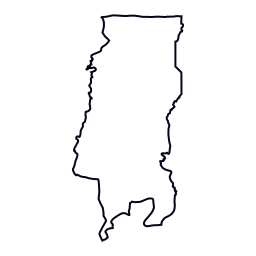 Kaoh Thum, Kândal, Cambodia
{"feature_id": "14789045B38672734120910", "entity_name": "Kaoh Thum", "entity_type": "district", "adm_level": 2, "iso_a3": "KHM", "parent_name": "Cambodia", "parent_adm1": "Kândal", "projection": "mercator", "projection_center": [105.071, 11.071], "detail": "fine", "context": "isolated", "style": "outline", "palette": "ink", "viewbox_px": 256, "rotation_deg": 0, "n_neighbors": 0, "source": "geoboundaries", "source_scale": "gbopen_adm2", "svg_char_len": 5764}
<svg xmlns="http://www.w3.org/2000/svg" viewBox="0 0 256 256"><path d="M181.5,16.3L180.5,16.4L178.3,16.1L176.9,16.1L175.7,16.2L174.5,16.5L173.4,16.6L166.7,16.7L165.7,17.0L160.8,16.8L158.7,16.7L156.4,16.7L154.5,16.8L152.1,17.0L150.1,17.0L148.6,16.9L144.8,16.9L143.1,16.9L136.3,15.9L134.7,15.7L130.3,15.7L126.3,16.0L124.5,16.0L121.5,15.8L116.9,15.5L114.8,15.4L112.7,15.4L111.1,15.7L108.0,16.4L106.4,16.7L103.7,17.0L102.3,16.9L101.6,17.3L102.4,18.2L103.2,19.7L103.9,22.4L103.9,26.8L103.4,28.8L103.1,30.3L102.5,32.6L104.9,36.3L107.8,39.0L108.7,40.0L109.1,40.6L108.4,41.9L106.3,44.1L105.1,45.1L102.5,46.8L101.7,47.6L101.3,48.6L101.2,49.4L101.1,50.1L100.7,51.0L99.8,51.6L97.8,52.5L96.4,53.1L95.1,53.6L92.2,54.9L91.5,55.5L91.3,56.2L91.4,57.1L91.8,58.0L92.6,58.5L92.7,59.4L92.1,59.7L92.0,60.6L91.8,61.0L91.4,61.0L91.0,60.8L90.6,60.9L90.7,61.8L91.4,64.3L90.5,64.3L90.1,64.9L90.3,65.7L90.1,66.1L89.7,66.4L89.2,66.6L88.6,66.4L88.2,66.1L87.7,66.6L87.8,67.3L87.5,68.1L87.3,68.5L86.8,68.8L86.5,69.2L86.7,69.5L87.1,69.4L87.5,69.2L88.1,68.7L88.8,68.3L89.8,68.0L91.8,68.0L93.2,67.6L93.9,67.5L94.8,67.9L95.9,69.2L95.7,69.7L95.6,70.1L95.1,70.8L93.7,71.3L92.9,71.6L91.2,72.2L91.9,73.1L92.0,73.6L91.4,74.9L91.4,75.4L91.8,76.1L92.4,76.7L92.4,77.2L91.6,77.6L91.1,78.0L90.9,78.4L90.9,80.0L91.0,82.1L91.0,82.5L90.9,83.0L89.3,85.4L89.3,86.1L90.4,87.4L91.0,88.7L91.1,90.9L91.0,91.6L90.7,92.2L89.9,92.8L88.9,92.7L88.7,93.2L88.8,93.9L89.4,94.7L89.7,95.5L89.8,96.3L90.1,97.1L90.4,97.5L91.4,97.5L91.6,97.8L91.6,98.5L91.1,98.5L90.5,99.0L90.2,99.6L90.1,100.5L89.9,101.3L90.0,101.7L89.9,102.2L89.7,103.2L89.6,104.1L89.7,104.8L90.0,105.6L90.1,106.3L90.2,108.5L90.1,109.2L89.8,109.7L89.2,110.4L87.6,111.5L86.6,111.5L85.9,111.7L85.7,112.0L85.5,113.2L85.5,115.0L85.6,115.9L85.9,116.8L85.8,117.6L85.8,118.2L85.3,119.7L85.1,121.0L84.9,121.7L84.5,122.1L84.0,122.4L83.2,123.1L82.9,123.9L82.8,124.4L82.9,125.4L82.9,126.6L81.9,128.3L80.8,130.5L80.6,131.3L80.6,133.2L80.4,134.5L80.2,135.4L79.8,136.6L79.4,136.9L78.6,136.8L78.0,136.4L77.2,136.4L76.3,137.2L76.2,137.8L76.2,138.2L76.3,138.7L77.7,139.8L78.0,140.4L78.1,141.5L77.8,142.3L77.1,143.3L75.7,146.1L74.6,148.0L74.2,149.0L74.1,150.3L74.1,150.8L74.5,151.1L75.1,151.2L75.3,152.1L75.6,152.7L76.0,153.0L76.4,153.2L76.9,153.6L77.3,154.1L77.5,155.3L76.7,158.1L76.3,159.1L75.9,159.9L75.5,161.2L74.8,163.8L74.7,164.8L73.8,167.3L72.9,169.4L73.0,170.4L73.7,172.0L74.0,172.5L74.1,173.1L74.8,174.0L75.1,174.3L75.4,174.5L75.7,174.9L76.3,175.3L77.1,174.7L77.7,174.9L80.5,176.3L82.2,176.8L84.3,177.0L86.3,177.4L88.4,178.1L90.8,178.6L94.4,179.1L97.8,179.2L98.4,180.0L98.6,180.9L98.7,182.0L99.0,185.4L99.2,189.2L99.3,191.9L99.1,194.7L98.8,196.7L98.6,198.8L99.1,200.2L99.8,201.8L100.5,203.4L102.7,207.6L103.1,209.8L103.5,212.4L103.5,214.9L103.8,216.4L104.8,217.8L105.8,219.8L106.0,221.0L104.0,224.6L102.7,226.8L101.4,229.4L100.1,231.8L99.4,233.7L99.6,234.6L100.0,235.8L100.9,237.5L101.6,239.3L102.4,240.6L103.0,240.1L103.6,239.9L104.9,239.6L105.7,239.0L107.0,238.1L107.5,237.6L107.7,237.1L107.4,236.6L107.3,236.1L107.2,235.2L106.4,233.6L105.6,232.3L105.4,231.8L105.5,231.3L106.5,230.3L106.8,229.7L107.4,229.3L108.7,228.9L109.8,228.4L110.9,228.2L111.9,228.2L112.8,228.0L112.6,226.5L112.8,224.5L112.4,223.9L111.8,223.3L111.2,222.5L111.3,221.4L111.8,220.6L112.4,219.7L113.1,218.9L115.8,216.9L119.1,214.8L121.5,213.5L124.1,213.1L125.5,213.4L127.1,214.2L128.4,214.9L129.3,215.0L129.4,214.6L129.2,213.0L129.0,212.3L128.8,211.1L129.2,209.8L129.6,208.8L129.7,207.5L129.7,206.4L130.0,204.1L129.9,203.2L130.9,202.6L132.1,201.6L134.2,202.1L135.9,202.1L139.8,201.9L141.9,201.2L146.8,199.1L148.4,198.6L150.4,198.4L152.4,198.7L153.1,199.4L153.6,204.2L153.9,206.4L153.9,207.9L153.1,210.0L152.0,212.1L150.6,214.0L147.8,217.4L146.2,219.1L144.9,220.7L144.0,222.6L143.9,223.9L144.3,224.8L144.8,225.3L145.8,226.0L146.8,226.2L147.8,226.2L151.5,225.6L154.5,225.2L156.9,225.2L159.4,225.0L161.4,224.8L161.3,224.2L161.7,222.1L162.4,220.8L164.0,218.7L165.5,217.5L168.8,215.9L171.4,214.2L172.5,212.9L173.8,211.1L174.4,209.3L174.7,207.1L174.8,205.2L174.5,201.2L174.6,198.9L174.9,195.4L175.6,195.0L175.7,194.4L176.0,194.0L175.8,193.6L175.7,192.9L175.9,192.3L176.2,191.7L176.3,191.3L175.9,190.8L175.4,191.3L175.1,191.1L174.8,190.5L174.6,188.8L174.9,188.2L174.6,187.6L173.9,187.4L173.4,187.1L172.9,186.6L172.8,186.1L173.1,185.5L173.1,183.9L172.9,183.1L171.2,181.0L170.6,179.9L170.2,178.9L169.8,177.6L169.8,176.3L170.2,175.3L171.3,172.7L171.3,172.4L171.3,171.9L171.1,171.5L170.6,171.1L166.3,169.9L165.2,169.4L163.9,168.7L162.7,167.9L161.9,166.7L160.7,164.9L161.0,163.3L160.6,162.6L160.3,161.9L160.2,161.3L161.0,161.1L162.0,161.1L163.0,161.0L163.8,160.5L163.9,159.8L163.5,159.2L163.8,158.9L164.4,158.8L165.1,158.5L165.0,158.0L164.8,157.2L164.5,156.8L161.7,154.6L161.6,154.0L161.9,153.5L163.2,153.2L164.9,153.5L165.8,153.4L166.8,152.7L167.3,153.0L168.1,153.8L168.6,153.9L169.0,153.5L169.4,152.5L169.6,151.1L169.6,150.3L170.3,146.1L170.1,144.9L169.7,143.6L169.4,142.3L168.8,138.2L168.6,136.5L168.4,134.5L168.5,129.0L169.2,126.1L169.3,125.1L169.2,124.5L168.8,123.9L168.3,123.2L168.2,122.9L168.1,122.1L168.0,121.1L167.0,119.6L166.9,119.1L166.7,118.3L166.7,117.4L167.5,116.3L168.3,114.1L168.8,113.7L169.4,113.6L169.8,113.3L170.4,110.5L170.6,109.9L171.6,109.9L172.0,109.5L172.0,108.8L173.3,107.9L174.2,107.2L174.5,106.7L174.1,106.0L173.6,105.5L173.1,104.7L173.8,103.1L174.0,102.3L175.0,101.1L176.1,101.5L176.9,100.1L177.5,99.3L177.9,98.5L178.4,98.0L179.2,97.8L179.4,97.5L179.2,96.9L181.5,93.9L181.4,74.4L181.3,72.3L175.4,66.5L175.4,41.6L176.8,41.2L177.5,40.5L177.9,39.6L178.3,38.6L178.5,35.9L179.0,34.9L179.7,33.5L180.7,31.8L181.8,31.6L182.3,30.7L181.6,29.8L181.4,29.1L181.4,28.0L182.5,26.9L182.9,26.4L183.1,25.6L182.9,24.6L182.4,24.0L181.2,23.6L181.5,16.3Z" fill="none" stroke="#020617" stroke-width="2"/></svg>